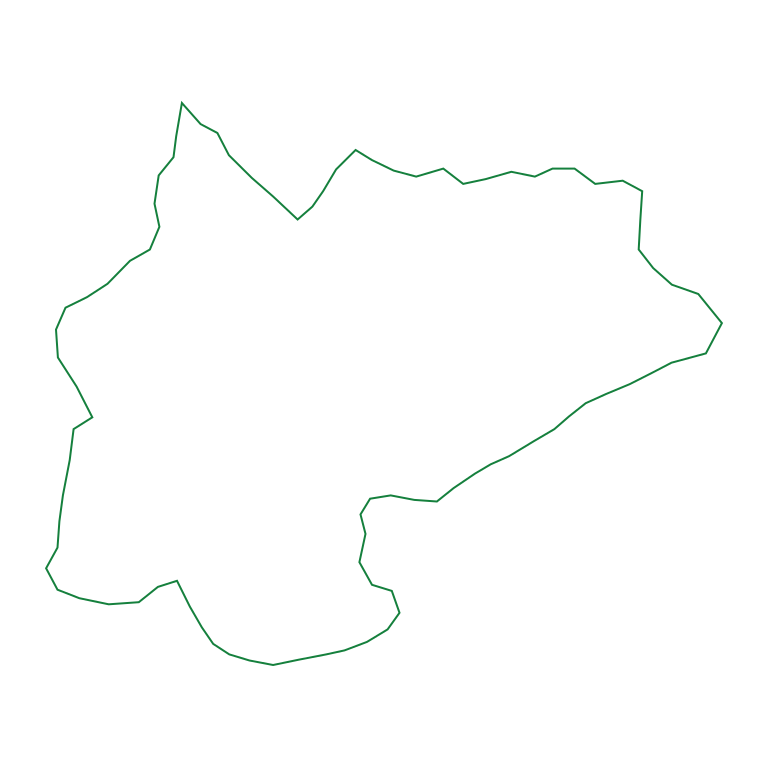 Dom Cavati, Minas Gerais, Brazil
{"feature_id": "56859067B30416877761671", "entity_name": "Dom Cavati", "entity_type": "district", "adm_level": 2, "iso_a3": "BRA", "parent_name": "Brazil", "parent_adm1": "Minas Gerais", "projection": "mercator", "projection_center": [-42.09, -19.387], "detail": "fine", "context": "isolated", "style": "outline", "palette": "green", "viewbox_px": 768, "rotation_deg": 0, "n_neighbors": 0, "source": "geoboundaries", "source_scale": "gbopen_adm2", "svg_char_len": 1205}
<svg xmlns="http://www.w3.org/2000/svg" viewBox="0 0 768 768"><path d="M721.9,323.1L698.3,294.0L671.9,284.7L653.2,268.1L638.7,249.5L640.3,220.3L642.2,191.2L622.7,180.7L595.2,183.9L574.6,168.6L552.5,168.6L534.9,176.6L511.3,171.8L485.7,179.1L463.2,183.9L443.3,168.6L416.2,176.6L393.7,170.6L372.0,160.1L355.6,150.0L336.1,169.4L323.1,191.2L312.4,206.6L297.6,219.5L273.1,196.5L251.8,177.9L228.9,155.2L217.4,133.0L200.6,124.1L181.9,103.0L176.2,136.2L173.5,157.2L158.7,175.4L154.5,203.7L159.4,226.8L149.9,249.5L130.0,260.8L107.5,283.8L86.9,297.2L65.5,307.7L56.0,329.6L57.9,357.5L76.6,386.6L92.3,417.3L73.6,429.1L69.7,460.2L62.9,495.4L59.4,521.3L57.5,547.6L46.1,568.3L57.5,589.7L79.3,598.2L108.7,604.3L138.8,602.2L157.9,586.9L177.0,580.8L189.9,606.7L201.8,627.3L213.2,643.9L229.3,654.4L249.5,660.5L273.1,665.0L298.7,659.7L326.2,654.4L344.5,650.4L367.0,641.9L387.6,629.4L399.5,612.8L391.8,590.9L372.0,584.8L359.4,562.2L365.5,533.9L360.5,514.4L370.1,498.7L390.7,495.4L414.3,499.9L436.9,501.5L453.6,488.1L475.0,473.6L490.7,464.3L509.0,456.2L533.8,441.2L554.4,429.1L568.9,416.5L585.7,403.2L606.3,393.9L629.6,384.2L652.1,372.8L671.5,362.7L705.9,353.4L721.9,323.1Z" fill="none" stroke="#15803d" stroke-width="2"/></svg>